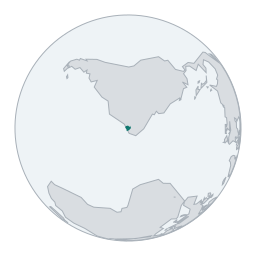 Sergipe on an orthographic globe, rotated 111°
{"feature_id": "BRA-629", "entity_name": "Sergipe", "entity_type": "State", "adm_level": 1, "iso_a3": "BRA", "parent_name": "Brazil", "parent_adm1": "", "projection": "orthographic", "projection_center": [-37.484, -10.548], "detail": "fine", "context": "on_globe", "style": "filled", "palette": "teal", "viewbox_px": 256, "rotation_deg": 111, "n_neighbors": 0, "source": "natural_earth", "source_scale": "10m", "svg_char_len": 6596}
<svg xmlns="http://www.w3.org/2000/svg" viewBox="0 0 256 256"><g transform="rotate(111 128 128)"><circle cx="128" cy="128" r="113" fill="#eef3f6" stroke="#a8b0b8"/><path d="M90.6,21.8L92.3,21.2L90.9,21.7L94.3,20.5L95.1,20.3L95.2,20.2L98.4,19.3L97.1,19.7L96.0,20.0L96.5,19.9L95.0,20.4L96.7,19.9L94.6,20.8L99.2,19.3L99.7,19.4L97.6,20.2L94.6,20.9L82.2,25.7L79.2,27.4L78.0,28.6L82.7,28.8L80.7,30.5L80.4,32.2L83.0,30.6L84.1,28.8L88.9,26.8L89.7,25.2L91.7,24.3L93.9,22.7L97.1,22.1L99.0,22.6L97.4,24.1L98.2,24.5L102.6,22.7L102.3,25.4L106.9,27.5L106.4,28.5L100.4,30.7L93.2,31.3L85.3,35.5L94.0,32.2L92.6,35.3L93.9,35.7L96.1,35.4L97.9,34.1L98.2,35.2L89.8,38.5L89.4,37.5L92.1,36.4L88.7,36.9L83.0,39.7L82.8,41.4L74.4,45.0L74.2,46.4L72.2,48.2L73.2,45.6L71.3,50.4L61.4,57.6L58.6,67.2L57.5,60.4L54.8,60.3L51.1,61.4L50.6,62.9L46.5,63.2L41.5,67.9L37.5,76.3L37.2,82.0L41.9,80.7L44.2,76.7L48.3,74.9L43.3,85.3L49.9,85.0L48.1,92.7L49.7,96.2L53.6,94.4L57.4,95.6L60.8,90.6L66.1,87.5L65.5,93.7L68.9,87.7L71.4,90.3L82.3,89.0L81.3,90.4L90.3,97.2L101.1,99.9L103.6,104.5L102.2,107.5L106.2,108.2L106.3,110.2L123.1,113.0L132.4,118.0L132.6,125.0L125.7,132.9L121.7,150.3L110.0,156.2L108.5,163.4L101.9,174.2L94.6,173.8L98.2,178.9L95.4,182.3L91.1,182.9L91.7,186.6L88.6,187.0L91.7,189.2L88.8,194.5L92.1,198.4L90.6,202.6L92.9,204.8L91.5,204.9L90.6,205.9L91.3,207.3L86.1,205.6L82.1,200.4L82.1,197.6L80.2,197.4L80.0,190.2L78.8,191.8L75.1,181.6L74.9,172.9L70.8,149.1L67.9,144.7L60.1,140.4L50.5,125.0L52.3,117.9L50.5,115.1L56.3,104.7L55.3,96.5L53.4,95.7L51.2,99.2L45.3,95.4L44.0,89.6L30.3,85.3L29.8,83.0L31.3,78.2L34.6,65.8L29.6,78.5L29.3,76.7L30.6,72.6L31.7,70.9L35.1,64.6L35.8,63.3L41.1,56.3L46.9,49.8L53.2,43.8L60.0,38.2L67.1,33.2L74.6,28.8L82.5,25.0L90.6,21.8ZM57.2,70.7L64.9,74.1L59.5,75.6L60.7,74.5L59.0,72.8L55.4,71.8L51.0,73.8L57.2,70.7ZM62.8,64.4L61.4,64.3L62.9,64.0L62.8,64.4ZM92.0,23.1L92.9,22.9L92.1,23.3L92.0,23.1ZM92.1,22.7L90.4,23.3L90.2,23.3L91.3,22.9L92.1,22.7ZM94.2,22.0L90.0,23.0L89.7,22.9L93.4,21.4L94.2,22.0ZM94.3,20.5L93.9,20.7L93.3,20.8L94.3,20.5ZM107.2,17.5L105.6,17.7L106.3,17.5L107.2,17.5ZM108.7,17.0L108.3,17.1L107.0,17.3L108.7,17.0ZM95.6,209.4L86.9,206.3L91.4,207.6L92.6,205.3L97.9,207.8L95.6,209.4ZM100.0,203.4L102.6,202.1L103.7,202.7L102.2,203.8L100.0,203.4ZM236.6,98.1L236.5,100.6L234.3,92.7L222.6,70.3L221.6,68.3L221.4,68.0L221.2,67.6L222.6,70.8L219.7,66.7L228.6,81.4L231.1,87.6L236.6,101.0L236.7,102.0L237.7,105.1L238.2,104.5L238.9,108.3L239.9,118.1L237.2,132.3L236.2,144.5L233.7,154.4L229.0,159.6L226.3,167.7L223.4,169.7L221.2,174.3L217.1,178.5L211.5,182.1L205.2,180.6L207.2,176.2L207.8,167.3L209.6,146.8L213.8,138.4L214.2,131.6L209.4,115.9L210.6,108.1L208.7,104.5L205.2,104.8L202.6,100.6L200.2,100.3L183.3,101.7L176.6,96.3L165.0,81.1L167.0,75.3L164.6,68.8L175.8,49.0L181.2,50.5L193.5,49.6L195.6,50.6L197.4,54.9L209.2,62.4L209.1,59.0L216.6,64.1L219.5,65.3L214.7,57.2L210.0,54.9L205.9,50.6L207.1,48.9L210.8,51.6L209.3,50.1L204.3,45.4L202.4,43.4L202.2,43.7L204.3,45.5L204.3,45.9L202.4,44.3L201.8,43.5L199.9,42.3L203.3,46.7L205.8,49.0L202.5,48.6L206.4,52.6L206.5,54.0L200.0,47.9L198.5,45.9L188.8,39.6L190.0,41.4L199.3,47.8L197.7,47.0L199.4,50.2L196.8,47.2L186.3,40.4L181.5,40.9L180.3,48.4L176.5,48.9L171.1,47.1L166.8,39.1L175.7,39.1L174.3,36.8L168.4,33.4L171.6,33.8L170.3,32.6L173.3,32.7L173.4,30.3L175.8,30.4L172.0,27.2L172.7,27.0L174.8,28.8L177.5,30.4L183.0,31.4L183.0,31.0L180.0,29.0L181.9,29.8L178.4,27.7L179.6,28.0L175.1,26.2L171.6,24.4L170.2,23.6L168.2,22.8L170.4,24.2L172.0,25.1L174.7,26.3L178.4,29.2L177.4,29.4L170.4,25.6L168.1,25.7L163.7,23.1L160.5,20.2L168.3,22.8L175.8,26.0L183.0,29.7L189.9,33.9L196.5,38.6L202.8,43.8L208.6,49.4L214.1,55.4L219.1,61.8L223.6,68.5L227.7,75.5L231.2,82.8L234.2,90.4L236.6,98.1ZM175.5,58.8L176.1,60.6L175.5,58.8ZM82.6,88.8L83.9,89.9L82.1,90.1L82.6,88.8ZM58.3,78.1L60.1,77.9L61.0,78.7L59.4,79.2L58.3,78.1ZM75.2,75.8L77.6,76.1L74.9,76.8L75.2,75.8ZM66.2,74.5L73.3,75.9L68.1,78.2L63.7,77.5L67.0,76.5L66.2,74.5ZM60.9,67.8L62.0,68.0L61.3,69.1L60.9,67.8ZM63.9,64.2L63.4,64.4L63.1,63.7L63.9,64.2ZM93.1,35.1L93.8,34.9L95.8,34.8L94.4,35.4L93.1,35.1ZM107.1,31.9L107.2,33.8L106.2,32.8L104.3,33.8L99.8,33.0L105.9,29.0L104.0,30.8L107.1,31.9ZM95.5,31.4L97.6,32.0L95.0,31.5L95.5,31.4ZM160.1,26.9L162.4,27.6L163.2,28.8L160.2,29.6L159.0,27.8L160.1,26.9ZM165.6,28.4L159.5,24.9L161.2,24.6L161.3,25.3L163.0,25.4L163.6,26.7L171.1,30.2L172.3,31.6L165.9,31.7L167.3,30.8L165.0,30.0L165.6,28.4ZM141.2,19.6L138.6,18.9L145.6,18.9L147.2,19.6L144.2,20.2L140.6,19.7L141.2,19.6ZM101.6,19.5L100.1,19.8L100.5,19.6L102.1,19.1L101.6,19.5ZM106.4,17.6L108.3,18.1L106.7,18.4L109.7,18.8L106.8,19.8L105.0,19.5L105.0,20.8L102.1,20.9L102.6,21.8L98.8,20.9L96.2,21.3L100.2,20.4L102.9,19.3L103.4,19.0L102.7,18.6L98.6,19.3L100.7,18.7L103.2,18.1L104.5,17.8L102.8,18.3L105.8,17.6L104.2,18.0L106.4,17.6ZM134.7,15.6L136.3,15.7L135.1,15.7L136.2,15.8L136.3,15.9L137.5,16.1L135.8,16.2L137.0,16.5L135.5,16.4L138.1,16.9L135.4,16.6L135.4,16.9L138.0,17.1L126.1,18.7L123.2,20.2L122.2,21.8L117.7,21.4L115.8,19.9L115.6,18.3L119.0,17.1L116.4,17.3L117.3,16.9L119.0,16.9L116.8,16.7L118.0,16.4L117.9,16.0L114.0,16.3L113.9,16.3L116.0,16.0L115.3,16.1L125.0,15.4L134.7,15.6ZM195.9,49.2L197.2,49.6L198.7,49.7L199.8,51.9L195.9,49.2ZM188.8,44.5L189.7,44.4L192.0,47.2L190.7,46.9L188.8,44.5ZM188.1,42.2L189.5,44.2L188.0,42.9L188.1,42.2ZM175.4,28.7L176.0,28.7L176.9,29.2L177.4,29.8L175.4,28.7ZM215.1,58.3L215.4,59.5L214.5,58.5L214.5,58.2L215.1,58.3ZM208.1,55.3L210.7,57.0L208.4,55.9L208.1,55.3ZM236.6,156.4L229.7,172.9L229.0,172.0L231.0,166.5L235.1,156.1L236.6,154.2L238.0,149.9L236.6,156.4Z" fill="#d9dde1" stroke="#a8b0b8" stroke-width="1"/><path d="M130.1,127.9L129.9,128.0L129.7,128.0L129.4,128.2L129.1,128.4L129.0,128.6L128.9,128.8L128.7,129.1L128.5,128.9L128.4,128.9L128.4,129.0L128.5,129.0L128.6,129.3L128.6,129.2L128.6,129.3L128.4,129.4L128.4,129.5L128.2,129.7L128.3,129.5L128.3,129.4L128.3,129.5L128.2,129.5L128.1,129.8L127.9,129.9L127.8,130.0L127.7,129.9L127.7,130.0L127.4,129.9L127.3,129.7L127.2,129.7L127.0,129.4L126.9,129.2L126.8,128.9L126.7,128.9L126.6,128.7L126.6,128.4L126.8,128.3L127.0,128.4L127.3,128.3L127.4,128.2L127.4,127.9L127.3,127.7L127.4,127.3L127.4,127.1L127.3,126.9L127.2,126.8L127.2,126.7L127.0,126.4L126.9,126.4L127.0,126.4L127.0,126.2L126.9,126.2L127.0,126.1L127.3,126.1L127.6,126.2L127.7,126.3L127.8,126.4L128.0,126.4L128.2,126.5L128.3,126.5L128.5,126.6L128.7,126.8L128.8,126.9L129.0,126.9L129.0,127.0L129.2,127.3L129.3,127.3L129.5,127.4L129.5,127.5L129.6,127.4L129.7,127.5L129.8,127.5L129.8,127.8L129.9,127.7L130.0,127.7L130.0,127.8L130.1,127.9Z" fill="#14b8a6" stroke="#0f766e" stroke-width="1.5"/></g></svg>